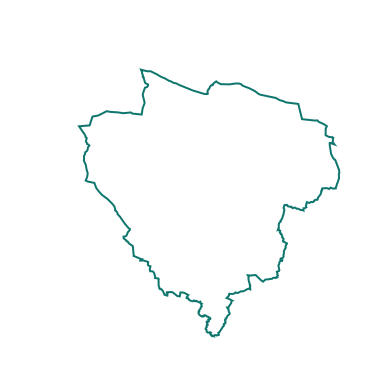 outline of Lier nor, Buskerud, Norway, rotated 24°
{"feature_id": "86288312B74882659121257", "entity_name": "Lier nor", "entity_type": "district", "adm_level": 2, "iso_a3": "NOR", "parent_name": "Norway", "parent_adm1": "Buskerud", "projection": "equal_earth", "projection_center": [10.309, 59.848], "detail": "fine", "context": "isolated", "style": "outline", "palette": "teal", "viewbox_px": 384, "rotation_deg": 24, "n_neighbors": 0, "source": "geoboundaries", "source_scale": "gbopen_adm2", "svg_char_len": 6040}
<svg xmlns="http://www.w3.org/2000/svg" viewBox="0 0 384 384"><g transform="rotate(24 192 192)"><path d="M62.1,177.9L68.3,181.8L69.8,182.5L72.4,184.7L72.5,185.2L73.9,185.6L74.5,189.0L76.5,190.3L76.7,190.8L77.3,190.7L79.3,191.2L78.8,193.6L79.4,195.5L79.3,197.5L78.3,199.1L78.8,201.1L78.7,202.8L78.9,203.6L80.0,205.8L80.5,207.4L84.0,210.5L86.1,213.7L89.1,217.3L90.1,220.8L90.2,224.8L92.7,224.8L99.1,223.4L102.9,227.3L106.7,229.4L111.1,231.3L117.5,232.7L123.1,234.8L126.8,236.6L128.2,238.2L129.3,240.1L130.0,240.0L132.5,241.5L132.9,242.4L136.3,243.9L143.4,248.2L148.5,250.7L150.5,251.2L150.6,252.2L149.7,255.1L149.9,256.6L149.8,258.9L148.6,260.1L147.6,260.6L148.5,262.2L151.9,263.0L152.1,263.5L153.9,263.6L154.9,264.5L159.9,265.5L164.5,273.5L164.6,274.1L172.3,274.0L173.4,273.8L172.6,275.1L172.6,275.7L175.7,274.3L180.4,273.7L181.4,276.6L181.8,276.9L184.3,276.8L184.8,279.8L186.0,281.4L188.2,280.5L189.8,281.0L191.8,283.1L193.1,284.9L193.3,285.6L196.5,284.7L197.1,285.2L197.2,285.9L199.6,291.1L200.8,292.3L201.1,293.0L201.4,292.9L202.4,293.8L203.5,293.2L206.0,294.5L208.7,297.1L211.6,296.7L211.0,294.7L209.2,294.7L210.4,294.2L210.1,293.6L214.3,291.6L216.1,291.7L220.9,293.0L223.3,292.3L222.3,288.5L224.3,287.6L226.4,287.2L227.2,287.4L230.4,287.6L230.2,288.0L230.3,288.4L230.2,289.6L230.4,289.7L229.9,290.4L230.2,291.1L232.5,291.0L233.0,291.6L234.2,291.9L236.5,291.7L238.2,290.9L238.0,290.4L239.0,290.1L239.2,290.3L240.2,290.2L240.7,290.1L240.7,289.7L244.0,289.9L244.3,289.7L244.3,289.0L244.7,289.2L244.8,289.9L245.4,290.3L246.3,290.2L246.1,290.8L246.3,291.3L246.9,291.6L247.5,292.7L246.9,293.7L247.3,295.1L246.7,296.4L246.7,298.0L247.2,298.1L247.2,298.4L246.7,298.3L246.7,298.7L247.2,298.7L247.2,299.9L247.5,300.4L248.7,301.2L251.4,301.8L252.9,301.2L253.3,300.7L252.7,300.3L253.5,299.5L255.5,299.2L256.5,299.7L257.8,299.4L259.2,299.8L259.7,299.7L260.2,300.0L260.4,300.5L260.1,301.1L259.1,301.5L258.7,301.9L258.7,302.3L259.8,303.0L259.9,303.8L258.6,304.6L258.2,304.6L258.3,305.0L258.8,305.3L259.3,306.1L260.0,306.4L260.2,306.7L259.7,306.8L259.6,307.2L259.9,307.5L259.7,308.1L260.2,308.9L260.1,309.6L260.4,309.8L260.0,311.0L260.3,311.8L261.3,312.0L262.3,313.7L263.7,314.0L265.5,312.8L266.5,312.8L266.3,314.2L266.9,314.6L267.9,314.6L268.6,315.3L268.2,315.7L269.2,315.4L268.8,315.3L269.3,314.8L270.2,314.7L270.6,314.4L270.9,313.6L272.3,313.2L272.1,313.0L272.3,312.9L273.1,312.8L273.9,312.2L273.8,311.8L274.5,311.6L273.9,310.3L273.8,309.6L273.5,309.5L274.1,308.7L275.0,302.7L275.5,301.4L275.4,300.8L274.9,300.4L274.8,299.6L275.9,298.5L275.3,297.5L275.5,297.3L275.3,296.6L274.6,296.1L274.7,295.8L274.2,295.2L274.5,294.2L274.3,293.9L274.8,293.7L274.7,290.9L276.0,288.1L275.5,287.2L274.4,286.5L273.0,284.3L271.9,283.9L271.1,283.2L272.4,282.6L272.2,281.7L273.0,277.5L272.4,275.4L272.9,274.9L268.5,274.6L266.8,274.8L267.9,271.5L267.4,269.9L270.8,268.5L272.3,267.1L272.5,266.1L274.9,265.7L277.2,262.7L278.7,262.3L280.9,259.9L281.7,258.5L283.8,257.0L284.8,257.2L284.6,256.6L283.9,256.4L284.2,256.1L283.6,255.1L283.5,254.1L282.8,253.8L282.7,253.1L282.0,252.6L281.7,251.9L280.8,251.1L279.7,249.6L278.6,247.8L278.5,246.7L276.8,245.4L280.2,244.2L281.3,243.3L284.1,242.0L290.8,244.5L293.4,245.0L294.7,242.1L298.3,240.1L298.7,239.6L300.3,238.9L301.1,237.5L302.5,236.6L303.0,236.7L303.4,236.1L304.0,235.9L304.0,235.4L304.6,235.3L304.8,235.1L304.4,234.6L304.2,233.8L304.4,233.3L303.4,232.7L303.0,231.4L302.0,230.3L303.6,228.7L303.6,227.9L300.8,223.9L300.9,221.7L300.4,220.5L300.5,219.5L301.2,218.8L302.3,218.4L302.3,217.7L301.1,217.8L300.1,217.4L300.1,216.7L301.1,216.1L301.0,215.9L301.9,214.8L301.9,214.3L301.8,213.3L301.4,212.9L301.1,212.0L301.0,210.6L300.0,208.9L300.0,207.5L300.2,206.8L300.0,206.1L300.4,204.8L299.5,203.6L299.5,202.0L299.8,200.6L299.4,200.2L298.3,200.4L296.9,200.0L295.7,200.1L294.8,200.6L295.2,200.1L294.9,199.3L295.0,198.5L294.7,198.3L294.5,197.3L292.9,196.8L292.9,196.2L291.5,194.9L291.2,194.3L290.4,194.4L290.0,193.6L288.8,193.5L288.3,191.5L286.7,191.7L286.5,191.1L285.9,191.7L285.7,189.0L284.6,186.8L284.2,184.9L285.1,182.8L284.6,182.4L285.0,180.4L285.0,177.8L284.6,176.4L284.8,175.5L283.9,172.3L284.0,171.6L283.2,170.1L282.1,169.4L282.0,167.6L281.7,166.7L282.0,166.1L283.1,165.8L283.8,165.2L284.7,165.4L285.2,166.0L288.0,165.6L288.8,165.0L289.5,165.6L290.8,165.7L291.0,165.2L292.4,164.4L294.6,164.7L295.5,164.1L299.0,164.2L300.6,163.4L301.2,163.5L301.0,163.2L300.7,162.7L301.0,162.0L300.6,161.5L301.6,160.9L302.7,159.4L301.5,158.1L301.6,156.7L301.1,155.8L301.7,154.9L301.4,154.5L303.6,154.3L304.8,152.7L306.7,152.0L307.1,150.5L307.4,150.4L307.4,149.7L308.0,148.8L309.6,148.2L309.8,147.1L309.5,146.7L309.4,145.9L310.4,141.9L310.2,139.6L309.7,138.8L310.0,138.4L309.8,138.0L310.0,137.6L309.6,136.8L309.9,136.3L309.5,135.9L310.0,135.4L313.6,133.6L316.1,133.4L316.8,131.7L319.6,131.5L321.9,130.2L321.5,129.3L321.5,127.2L321.1,125.7L321.2,124.5L320.7,119.5L318.9,116.0L318.8,114.6L317.4,112.1L310.0,104.6L308.9,104.2L308.5,104.3L306.5,103.1L303.6,100.6L299.5,94.4L297.8,91.3L298.0,91.0L302.8,90.6L300.1,89.2L300.0,88.0L298.9,86.0L299.1,85.1L298.1,84.8L294.8,86.0L291.0,85.8L288.4,79.8L288.4,77.0L284.6,76.4L279.1,76.3L277.3,75.6L275.4,76.7L262.9,80.7L253.3,68.3L241.5,71.9L238.2,71.9L234.8,72.4L230.3,72.0L216.0,75.1L213.5,75.4L208.1,74.2L201.6,73.9L198.1,74.2L194.6,74.2L193.2,73.6L191.0,73.7L187.6,75.2L182.5,78.4L174.4,81.8L170.9,81.6L169.1,81.1L167.4,84.2L167.6,85.4L166.9,85.7L166.9,86.4L166.0,87.0L165.6,88.3L165.7,90.9L165.2,91.5L165.2,93.5L165.4,94.3L166.5,95.8L166.0,96.4L163.5,97.4L151.6,98.9L137.2,99.4L133.4,99.2L130.5,99.8L127.2,99.5L126.1,99.8L120.8,99.2L117.0,99.4L112.2,98.8L105.1,98.5L102.1,99.9L95.6,101.0L96.4,101.8L97.5,102.3L98.1,103.9L99.3,104.9L99.9,105.9L100.8,106.6L100.4,106.9L102.0,108.1L104.6,111.2L105.4,111.6L107.4,111.5L108.2,111.8L108.5,112.6L108.4,114.1L106.6,115.9L107.0,120.5L107.5,123.4L112.0,129.1L112.6,130.5L112.8,135.3L114.5,141.7L105.7,144.6L103.8,144.2L97.1,148.0L91.6,149.5L85.2,151.9L81.2,152.9L75.3,160.2L70.4,163.6L71.4,172.8L62.1,177.9Z" fill="none" stroke="#0f766e" stroke-width="2"/></g></svg>